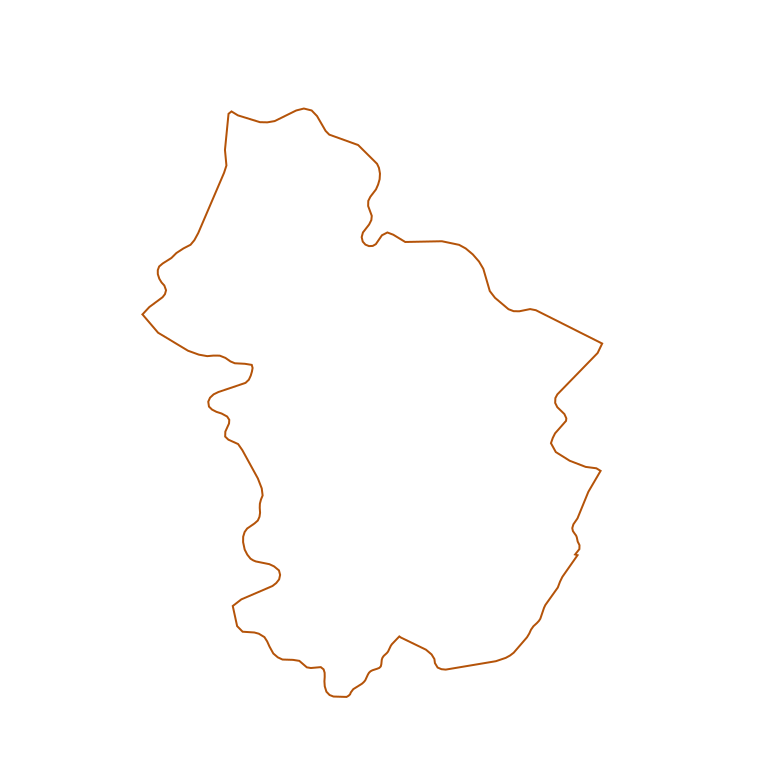 an SVG outline of Jura, rotated 348°
{"feature_id": "FRA-5312", "entity_name": "Jura", "entity_type": "Metropolitan department", "adm_level": 1, "iso_a3": "FRA", "parent_name": "France", "parent_adm1": "", "projection": "robinson", "projection_center": [5.636, 46.776], "detail": "fine", "context": "isolated", "style": "outline", "palette": "amber", "viewbox_px": 768, "rotation_deg": 348, "n_neighbors": 0, "source": "natural_earth", "source_scale": "10m", "svg_char_len": 2957}
<svg xmlns="http://www.w3.org/2000/svg" viewBox="0 0 768 768"><g transform="rotate(348 384 384)"><path d="M574.2,510.6L577.8,514.0L561.5,531.9L545.3,555.7L540.1,560.6L538.2,564.1L538.2,567.1L539.3,569.8L540.4,572.2L540.7,574.0L540.7,578.4L541.7,582.3L540.8,586.1L535.5,590.5L537.7,591.7L518.4,609.7L515.1,613.9L511.7,619.2L495.9,633.7L494.0,636.2L488.1,646.1L486.3,647.9L483.9,649.6L479.8,652.0L476.7,654.9L474.2,658.3L471.2,661.5L455.0,673.8L450.8,675.8L446.1,677.2L435.8,678.4L385.0,676.2L380.9,674.9L377.5,672.5L375.8,667.6L376.1,663.5L374.3,658.4L369.8,652.6L347.8,635.5L346.5,634.1L337.7,640.1L336.2,641.5L332.3,646.6L330.8,647.8L327.2,649.9L325.6,651.4L324.5,653.2L323.1,657.6L322.1,659.6L320.4,660.7L318.1,661.1L313.2,661.6L311.1,662.2L309.3,663.3L307.9,664.8L304.0,670.0L302.2,671.4L300.1,672.6L290.5,676.1L287.4,678.8L286.3,680.5L284.5,681.6L282.3,682.3L269.6,679.2L266.1,676.9L263.7,673.0L263.2,667.4L263.9,662.4L265.1,658.2L265.9,654.1L265.6,650.6L263.3,647.8L253.4,646.6L249.6,645.1L243.6,637.2L237.6,634.9L227.4,632.4L223.3,629.3L219.7,624.6L217.4,617.0L216.2,611.5L214.4,606.7L209.6,602.2L205.5,600.1L194.2,596.9L190.0,590.3L189.9,569.7L199.7,565.0L232.9,558.4L237.2,556.3L240.8,553.3L242.7,549.1L242.5,544.5L238.5,539.5L234.4,536.4L221.7,530.9L219.4,529.3L217.1,527.1L214.8,522.5L213.3,517.0L213.3,509.4L214.5,504.1L216.9,499.8L220.1,496.9L228.3,493.5L232.2,491.3L234.6,488.0L236.0,484.2L236.7,479.3L237.7,475.3L239.6,471.5L242.1,467.8L242.7,460.7L241.0,450.2L231.7,419.3L228.8,412.4L220.2,406.1L217.7,402.4L218.9,397.6L224.2,390.4L225.2,386.9L223.8,383.2L219.0,379.1L214.3,376.4L210.5,373.3L208.1,369.7L208.4,364.8L211.0,361.2L215.2,358.7L220.4,357.4L248.8,354.1L252.7,351.7L255.4,348.1L257.4,344.4L258.8,341.0L258.6,337.8L252.1,335.3L242.4,332.7L238.5,330.0L234.3,325.5L229.2,322.1L222.7,320.7L216.9,320.0L209.0,316.8L199.2,310.7L173.7,286.9L162.2,265.7L162.4,265.6L170.5,259.9L185.4,253.1L188.4,250.6L190.3,247.0L189.6,242.0L187.5,238.4L186.1,234.3L185.6,229.5L186.4,225.6L188.5,222.3L192.6,220.1L202.3,216.5L208.2,212.7L216.0,209.7L223.7,207.6L228.4,203.9L233.7,197.7L271.5,144.1L275.3,137.5L277.1,122.0L288.1,87.4L291.5,85.7L297.0,90.9L317.1,102.1L324.3,103.8L331.7,104.1L355.0,98.2L362.9,97.9L370.1,101.4L374.2,108.0L379.5,124.3L382.3,128.7L408.4,144.9L423.0,167.2L424.0,171.6L423.8,177.4L422.3,182.8L419.7,187.7L416.6,192.0L409.6,198.0L406.7,201.6L405.5,206.6L407.0,217.0L405.7,221.0L402.6,224.9L394.9,231.4L392.7,235.7L392.8,240.3L394.8,243.8L398.0,246.0L401.7,246.6L405.1,245.5L412.9,238.1L418.8,236.5L424.1,239.9L434.3,249.5L470.3,256.4L486.4,263.5L492.1,268.4L497.8,275.7L502.4,284.0L505.1,292.0L506.8,315.1L510.5,322.8L521.3,336.7L525.9,339.7L531.4,341.0L542.5,341.1L547.9,343.4L605.8,389.8L599.4,398.1L551.4,430.2L548.7,433.4L547.5,438.1L548.7,442.7L554.2,450.9L555.2,455.5L554.4,457.9L541.1,467.8L537.9,471.8L535.0,476.6L537.9,486.3L549.7,497.7L564.0,507.0L574.2,510.6Z" fill="none" stroke="#b45309" stroke-width="2"/></g></svg>